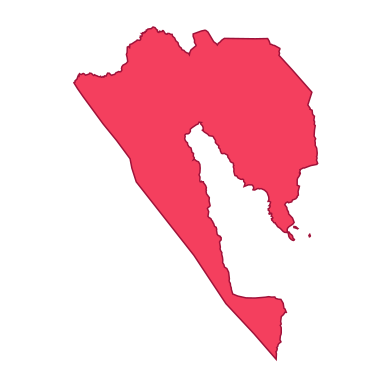 Mangochi, Mangochi, Malawi (orthographic projection), rotated 183°
{"feature_id": "42251766B89682559169951", "entity_name": "Mangochi", "entity_type": "district", "adm_level": 2, "iso_a3": "MWI", "parent_name": "Malawi", "parent_adm1": "Mangochi", "projection": "orthographic", "projection_center": [35.105, -14.138], "detail": "fine", "context": "isolated", "style": "filled", "palette": "rose", "viewbox_px": 384, "rotation_deg": 183, "n_neighbors": 0, "source": "geoboundaries", "source_scale": "gbopen_adm2", "svg_char_len": 6002}
<svg xmlns="http://www.w3.org/2000/svg" viewBox="0 0 384 384"><g transform="rotate(183 192 192)"><path d="M199.1,349.9L199.0,347.5L197.4,343.9L197.4,341.6L195.8,339.2L195.6,338.3L200.5,333.8L201.5,331.1L201.8,328.9L202.9,330.4L204.5,330.7L206.1,331.6L207.5,333.0L209.3,333.4L210.5,335.5L212.0,336.4L213.1,338.0L213.8,340.4L216.1,342.2L217.4,344.9L219.5,346.5L220.1,348.4L221.6,348.3L222.7,349.0L223.9,349.1L224.6,349.1L224.9,348.4L225.9,348.2L226.1,348.6L226.9,348.7L229.0,351.5L229.4,351.7L229.9,351.6L230.0,350.8L232.1,350.4L232.3,350.8L232.9,350.9L233.5,349.6L234.3,349.8L235.1,350.9L235.0,351.9L235.9,352.3L237.5,354.2L239.3,354.7L239.8,354.6L241.1,353.1L244.6,352.4L244.9,351.8L246.1,351.3L246.0,350.2L247.1,349.8L247.1,349.0L247.7,349.1L248.0,348.5L249.1,348.7L249.3,348.6L249.0,348.3L249.3,347.7L250.5,347.6L250.1,347.3L250.1,345.1L250.7,344.9L251.6,345.0L251.5,344.4L252.0,343.9L251.3,343.3L251.6,343.0L251.2,342.2L251.5,341.2L252.3,340.7L254.7,340.9L254.9,340.4L260.0,336.7L261.7,336.1L261.9,333.0L263.1,334.0L264.2,333.3L264.1,327.6L264.4,327.2L264.7,325.8L263.8,323.0L263.0,318.9L264.5,316.9L267.6,315.0L268.6,313.4L268.9,311.6L268.4,310.1L269.4,308.5L270.6,308.2L271.4,308.5L272.1,308.3L272.5,307.7L274.0,307.3L275.4,305.4L277.0,305.0L278.2,304.3L279.4,304.9L280.8,306.3L282.5,306.3L283.9,303.3L285.3,303.4L285.8,302.3L286.3,302.2L286.4,302.7L286.9,302.7L287.5,302.1L288.6,301.8L289.3,302.8L290.2,302.2L292.3,302.6L293.1,303.2L294.0,303.2L295.4,304.0L295.9,303.3L296.4,303.2L298.6,305.1L300.4,305.4L301.1,304.3L304.5,303.1L305.8,304.3L306.9,304.7L308.8,303.5L309.8,303.7L310.4,304.3L310.9,303.7L310.8,303.2L311.5,302.7L310.9,302.2L311.0,301.5L311.7,301.7L312.0,301.4L312.8,298.7L314.6,296.9L314.5,295.7L315.6,295.2L316.0,295.4L311.6,289.1L305.6,281.4L284.2,255.2L270.0,239.5L255.6,222.0L253.3,212.7L248.2,199.2L186.8,128.9L152.3,82.3L122.7,53.7L99.2,29.3L99.2,34.9L99.8,36.9L99.1,37.8L98.6,39.9L99.3,41.0L98.3,42.3L98.0,44.1L97.2,45.3L95.3,47.0L96.4,49.0L96.2,53.1L95.7,54.3L95.5,56.1L95.8,61.2L96.9,63.5L96.0,64.8L96.7,67.3L96.3,72.3L94.2,74.4L92.8,76.9L92.4,77.1L91.8,76.6L91.5,76.7L93.0,80.0L94.1,80.8L95.1,85.6L97.6,89.4L100.4,89.5L103.0,90.2L103.8,91.5L107.1,91.2L109.9,91.5L113.3,90.8L123.5,89.4L132.5,89.1L140.9,90.5L146.0,92.3L147.7,97.1L147.7,98.1L148.6,100.3L149.0,102.9L149.8,103.8L150.3,105.6L150.1,107.1L151.2,113.7L153.2,117.4L155.7,118.8L156.3,121.0L157.7,123.0L157.7,125.7L158.2,128.6L159.1,131.4L159.0,133.1L160.2,134.7L161.0,136.6L160.8,138.5L161.8,143.0L161.8,144.0L160.4,145.7L160.5,147.9L161.3,148.3L161.3,149.1L163.6,150.0L164.7,151.2L165.5,154.9L165.4,156.1L166.0,158.0L167.7,158.9L168.9,162.0L169.5,162.4L169.9,163.8L171.0,164.8L171.4,165.9L172.4,166.8L173.5,167.2L174.8,168.5L174.3,173.3L175.8,176.2L175.1,177.4L173.6,178.5L173.2,179.4L174.5,184.0L174.4,187.3L177.4,190.9L178.0,193.5L177.7,194.6L178.2,195.6L177.8,196.9L178.8,199.2L181.0,201.9L181.2,202.8L182.3,202.7L183.1,203.2L183.6,202.5L184.4,202.7L184.8,203.8L184.8,207.4L185.9,209.5L185.1,211.9L185.1,216.3L185.6,220.0L187.1,222.5L189.1,223.2L191.3,224.8L192.2,224.3L191.6,225.4L191.5,226.3L192.6,227.8L192.5,230.6L194.1,231.7L195.3,235.9L197.4,237.0L198.8,239.1L199.1,240.9L200.4,241.8L201.6,243.5L202.1,245.1L201.7,246.9L202.1,248.3L201.7,249.1L200.5,249.9L199.2,249.8L198.0,250.5L196.8,252.4L197.0,254.6L195.5,256.1L191.2,259.4L189.5,260.2L188.8,261.4L188.6,262.1L186.5,261.9L186.9,261.6L186.8,260.4L185.1,258.7L184.3,257.1L184.0,254.3L184.5,254.6L184.9,254.3L182.7,252.5L179.3,250.6L177.9,249.1L174.3,248.8L173.3,247.9L173.1,247.3L171.3,244.9L171.2,242.6L169.2,240.6L167.8,239.7L167.7,237.6L166.2,236.3L165.8,234.5L164.6,232.2L163.8,231.9L161.6,232.2L158.3,230.6L158.0,228.7L156.1,226.3L155.4,224.6L154.3,223.7L152.6,223.2L152.0,222.3L152.1,221.1L151.6,220.6L152.1,219.3L151.3,217.4L151.3,214.6L150.1,210.9L149.7,210.5L148.3,210.5L146.8,208.5L144.2,207.3L142.9,207.2L142.1,207.5L141.2,207.1L140.9,205.2L139.7,203.9L139.5,202.9L140.3,200.2L136.1,202.1L132.7,202.3L131.7,201.7L130.7,200.0L130.6,198.8L131.3,197.7L131.2,197.3L129.4,197.3L126.9,198.8L125.5,199.0L125.0,198.6L123.1,199.0L119.7,197.7L117.1,195.5L115.2,191.3L114.8,188.7L115.5,186.6L114.3,186.7L113.0,186.1L113.1,185.1L113.8,183.0L114.3,182.4L113.3,182.3L113.2,181.5L114.1,179.7L115.0,179.3L114.9,177.8L113.9,177.3L113.7,176.6L113.5,174.9L114.0,174.4L113.8,174.0L112.9,174.0L112.7,175.1L111.4,174.8L111.2,173.6L111.6,172.0L111.1,172.0L109.9,170.5L110.2,169.6L111.2,169.5L110.9,168.1L109.8,167.2L108.6,165.7L107.3,165.6L107.1,164.7L106.3,164.2L104.7,161.9L102.0,160.3L98.9,157.4L97.4,156.6L95.2,156.5L94.8,157.6L95.0,159.8L94.5,161.1L93.4,162.4L89.7,165.1L88.4,167.0L90.3,171.3L94.3,175.1L94.7,177.2L96.1,179.4L96.5,181.5L98.7,184.2L97.8,185.9L96.2,187.1L95.7,187.0L95.1,186.3L91.9,187.4L91.3,189.2L88.0,190.7L86.7,192.4L86.8,193.1L85.6,194.5L86.1,198.1L85.0,203.4L87.3,204.3L87.6,209.7L87.2,211.4L85.9,213.4L84.8,216.1L84.9,216.8L85.3,216.9L85.5,216.2L85.7,216.9L85.1,219.3L85.4,219.9L82.1,221.9L81.2,221.8L74.7,224.6L68.7,226.1L68.7,226.7L68.0,227.2L69.4,230.4L68.9,232.4L69.5,234.0L69.1,234.6L69.0,237.4L69.8,242.4L71.4,245.0L71.5,247.7L72.0,249.7L71.3,251.6L73.0,254.2L72.9,260.4L72.4,264.8L73.4,265.8L73.3,268.5L73.5,269.3L74.1,269.7L73.7,274.1L74.7,274.8L75.7,276.2L76.3,279.9L78.5,280.8L78.4,281.7L80.9,285.0L77.5,297.9L98.4,319.3L112.3,333.0L111.8,335.1L112.5,337.0L111.7,339.3L111.8,340.0L117.2,342.6L119.1,342.9L120.3,343.6L121.6,343.6L122.9,346.8L124.5,349.2L136.9,348.3L167.7,347.1L170.1,345.3L172.2,342.8L173.4,342.0L174.4,340.1L175.4,341.3L178.2,343.2L184.5,352.6L186.7,354.1L187.7,354.2L191.0,353.3L199.1,349.9ZM94.4,157.3L94.5,156.5L93.7,155.8L93.0,152.8L92.2,151.4L90.5,149.8L89.1,149.1L88.2,148.9L87.4,149.4L87.2,149.8L88.9,151.5L89.2,153.1L90.2,154.4L91.8,155.4L92.9,157.0L94.4,157.3ZM85.4,161.3L84.9,160.7L84.3,161.0L86.6,162.8L88.4,162.9L88.6,162.3L88.1,161.6L87.2,161.8L86.2,161.2L85.4,161.3ZM72.2,155.9L73.0,154.8L72.4,153.4L71.8,153.7L71.5,154.3L72.2,155.9Z" fill="#f43f5e" stroke="#9f1239" stroke-width="1.5"/></g></svg>